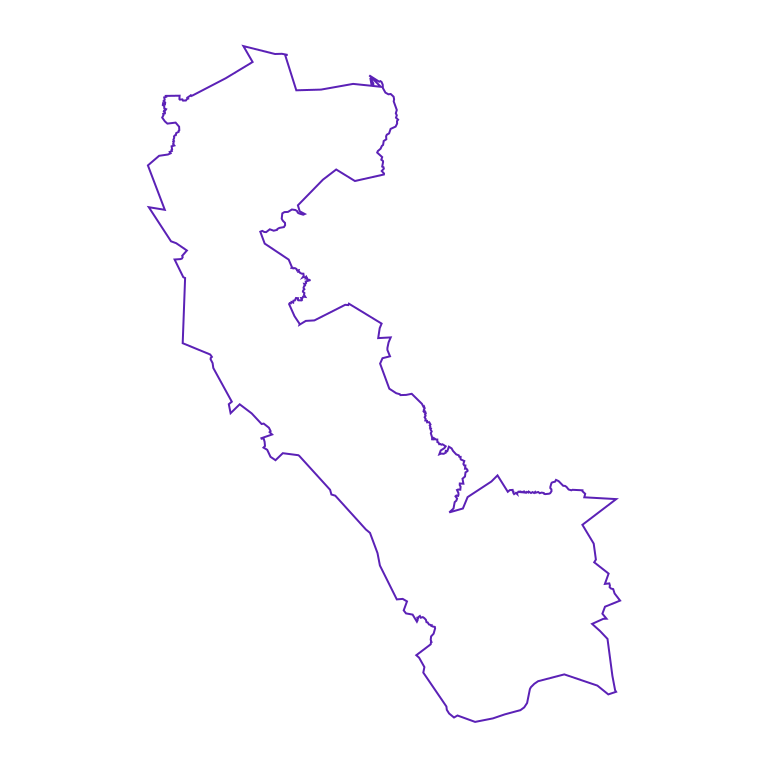 Tamazula, Durango, Mexico (orthographic projection)
{"feature_id": "50627088B45533435131247", "entity_name": "Tamazula", "entity_type": "district", "adm_level": 2, "iso_a3": "MEX", "parent_name": "Mexico", "parent_adm1": "Durango", "projection": "orthographic", "projection_center": [-106.644, 24.97], "detail": "fine", "context": "isolated", "style": "outline", "palette": "violet", "viewbox_px": 768, "rotation_deg": 0, "n_neighbors": 0, "source": "geoboundaries", "source_scale": "gbopen_adm2", "svg_char_len": 6073}
<svg xmlns="http://www.w3.org/2000/svg" viewBox="0 0 768 768"><path d="M243.4,46.1L252.6,62.0L225.8,78.2L192.3,95.6L191.0,95.3L190.9,95.9L190.3,95.7L187.4,97.6L188.1,98.6L187.0,99.0L185.9,100.5L183.0,100.6L182.4,99.4L179.8,99.6L179.4,99.1L179.6,95.7L165.9,95.9L166.2,96.8L164.2,97.4L164.7,99.8L163.6,101.0L165.2,102.5L165.0,104.1L163.1,103.3L162.8,105.1L164.2,106.0L164.3,108.5L166.1,109.2L165.5,110.1L164.0,110.8L163.8,111.5L164.9,112.1L164.9,113.4L163.2,113.9L163.5,115.1L162.2,117.6L164.9,121.4L167.4,123.6L175.6,122.6L179.1,126.7L179.3,130.2L178.7,130.7L178.7,131.8L176.2,133.1L175.8,135.2L174.8,135.4L174.0,136.4L174.2,137.8L173.4,139.8L174.0,141.0L173.2,141.6L173.7,142.9L173.1,144.0L174.3,145.5L171.6,146.3L172.1,149.5L171.5,150.0L171.9,151.0L169.7,152.0L170.6,153.3L168.0,154.5L159.1,155.8L147.9,165.4L164.8,209.8L148.8,207.2L171.0,241.3L176.2,243.2L186.9,250.5L182.2,255.8L182.7,257.1L182.0,258.5L180.5,259.1L174.6,259.5L183.3,277.2L185.1,278.0L182.7,343.2L210.2,354.5L211.9,356.9L210.7,358.0L210.6,359.3L212.6,363.1L213.3,368.0L231.8,401.7L228.8,404.2L230.6,413.2L239.7,404.3L251.7,413.4L261.6,424.0L263.7,423.6L268.9,427.7L270.6,431.1L269.6,432.1L272.1,434.5L261.4,438.2L261.6,438.7L263.6,438.4L264.6,441.8L265.0,446.0L263.5,447.6L267.2,449.8L270.5,456.8L275.5,460.2L282.8,453.2L298.3,455.2L299.2,455.8L330.1,489.8L331.4,494.5L335.3,495.7L365.9,529.5L370.0,532.9L377.5,553.1L379.9,565.5L396.8,599.4L402.7,598.9L407.0,601.4L403.7,610.4L406.0,613.4L412.6,614.6L416.9,621.7L417.3,620.9L417.0,620.1L417.7,619.8L417.4,617.9L418.2,618.0L418.3,617.2L419.9,616.0L420.8,617.7L422.8,617.1L424.3,618.1L425.9,619.8L426.5,622.2L427.6,622.4L429.0,624.5L430.5,624.9L431.0,625.6L431.7,625.3L431.8,626.1L432.7,626.5L434.8,626.9L435.1,628.4L433.6,633.7L431.1,636.4L430.7,639.8L431.4,641.8L431.0,641.8L430.7,644.3L416.3,655.2L419.1,657.7L424.4,667.1L423.3,672.6L446.4,706.5L446.8,709.8L449.1,713.5L454.0,717.5L457.5,715.5L475.1,721.9L492.9,718.4L504.7,714.4L520.5,710.1L524.2,707.4L527.1,703.0L529.9,689.1L530.9,687.2L534.3,683.8L538.1,681.2L564.3,674.4L597.4,685.6L608.3,694.4L616.1,691.8L615.1,690.2L612.4,675.9L607.5,638.9L600.0,631.0L592.1,623.9L603.4,618.8L606.5,618.7L602.4,613.7L605.0,606.7L620.1,600.6L614.6,593.5L613.2,589.1L610.9,588.5L609.6,587.1L609.9,585.5L609.3,583.4L604.9,583.9L608.6,573.6L594.2,562.3L595.9,559.6L593.7,543.6L582.4,524.8L616.2,499.1L584.3,497.3L585.2,493.8L582.5,491.3L582.5,490.3L572.5,489.8L571.4,490.3L568.6,489.5L566.5,486.9L565.0,485.9L563.2,485.8L558.6,481.1L556.0,479.9L555.0,481.7L552.2,482.4L551.4,483.2L550.3,487.1L550.4,488.3L551.4,489.3L551.5,491.2L550.2,493.2L549.1,493.7L545.2,494.1L544.2,493.9L543.8,493.0L541.6,492.6L539.7,493.2L538.2,492.0L535.7,492.7L535.2,491.9L534.1,493.0L532.6,492.1L531.0,493.0L528.7,491.6L528.3,492.5L526.8,491.9L526.0,492.8L525.0,492.1L524.3,492.5L523.9,491.5L522.7,492.3L521.9,491.8L521.1,492.3L520.1,491.5L519.6,492.0L518.4,491.7L517.5,492.9L516.7,492.9L517.0,493.9L515.9,492.9L514.1,494.1L513.2,492.7L513.4,491.5L512.7,491.0L512.6,489.9L509.8,490.1L507.8,491.8L497.5,475.4L491.4,481.5L467.6,497.1L462.9,508.5L449.3,512.4L453.5,508.5L454.7,502.1L456.3,500.7L457.1,498.6L455.5,496.3L456.4,495.5L458.1,495.9L458.5,494.8L458.4,492.9L457.0,490.0L458.1,489.5L460.3,489.7L460.6,486.7L459.7,485.0L459.8,483.5L463.4,483.7L462.5,478.7L465.0,476.5L465.5,472.4L467.5,471.1L467.6,470.3L466.4,468.6L465.0,468.7L465.4,465.5L464.2,465.4L463.4,464.0L464.3,461.0L460.9,459.5L460.5,458.8L460.6,456.9L459.4,456.9L458.7,455.3L456.2,454.4L453.0,450.9L451.6,448.4L448.9,446.7L447.3,451.2L445.0,450.7L445.9,451.3L445.9,452.6L443.7,453.8L441.1,453.6L439.3,454.3L440.7,450.5L444.3,448.2L445.7,446.3L442.5,444.3L441.3,444.7L440.4,444.0L439.2,444.2L438.5,442.5L437.4,442.1L437.3,439.5L436.0,439.5L434.0,438.2L433.8,439.4L432.1,439.3L432.1,437.3L430.8,433.2L431.7,431.4L430.5,429.5L431.0,428.5L430.0,428.0L430.3,426.5L429.7,425.4L430.5,424.5L429.2,422.2L427.1,422.3L427.0,420.8L425.3,420.5L425.7,419.0L424.6,417.2L425.6,415.8L425.0,414.7L425.8,413.4L425.4,412.2L424.5,412.5L423.6,411.4L424.4,410.6L423.8,410.0L424.7,408.2L424.0,406.4L423.5,406.9L421.9,403.8L411.7,393.8L406.2,394.9L400.4,395.1L399.8,394.2L396.2,393.2L389.3,388.7L380.1,363.6L382.5,358.2L390.0,356.3L387.4,350.0L387.4,348.0L388.6,342.3L390.7,337.4L378.2,338.1L379.7,328.2L381.6,323.6L348.9,303.7L348.3,305.1L345.2,304.8L314.4,320.4L305.8,320.9L299.5,324.7L299.7,324.0L294.5,316.2L289.1,304.1L289.7,303.1L290.9,303.3L291.4,301.9L293.2,302.6L293.4,300.7L294.9,300.4L296.0,298.0L298.0,298.2L297.8,299.8L298.3,300.3L301.6,300.4L302.0,300.0L301.2,298.1L302.3,298.2L303.1,296.6L305.3,296.9L304.0,294.8L304.4,293.0L302.9,291.7L303.2,290.4L304.4,289.2L303.5,287.9L304.1,286.1L305.0,285.5L304.2,283.8L305.4,283.9L306.1,283.0L305.7,281.5L309.7,280.3L309.6,279.9L307.2,279.3L307.0,278.2L306.0,278.4L306.5,277.3L306.2,276.6L305.1,277.6L303.7,276.9L302.7,277.4L303.7,275.9L303.4,273.7L301.6,273.6L300.1,272.9L299.3,271.8L298.3,271.8L298.7,270.2L297.1,270.5L296.4,268.9L294.8,268.1L293.2,268.4L292.8,267.8L291.5,267.9L291.8,266.9L288.7,259.6L264.7,243.6L260.3,231.7L262.3,230.9L264.3,232.0L266.2,232.1L269.8,229.3L273.7,230.7L277.0,229.9L277.4,229.0L279.4,227.9L283.9,227.1L285.1,225.2L285.0,222.9L282.8,220.7L281.7,218.7L282.3,213.4L284.4,212.1L288.0,211.9L291.9,209.5L295.3,210.0L297.0,211.0L297.8,212.7L299.2,213.5L303.2,214.7L304.8,214.0L299.7,211.3L297.9,205.3L322.9,179.7L336.2,169.5L354.9,181.0L383.9,174.5L384.0,173.5L381.7,171.0L383.8,168.7L383.5,167.2L382.2,166.6L383.1,161.9L382.9,160.9L381.3,159.7L382.2,157.1L377.2,152.6L377.8,151.1L380.6,148.7L381.8,146.0L383.1,144.9L383.7,141.0L386.3,139.3L386.1,136.3L386.8,134.7L389.1,133.4L390.6,128.9L395.6,126.6L397.1,123.6L397.0,121.1L398.1,119.7L396.0,117.7L396.8,115.3L395.8,113.3L396.8,110.0L393.7,101.4L394.1,99.3L393.6,96.7L390.7,94.0L388.4,94.3L385.4,92.6L382.9,88.1L382.7,84.6L381.5,81.9L380.3,81.1L379.2,81.7L369.3,75.4L380.8,86.8L373.3,86.0L373.3,83.4L370.3,77.9L371.7,85.8L353.1,83.9L321.0,89.6L296.3,90.3L285.2,55.2L287.6,54.9L281.9,53.8L275.0,54.0L243.4,46.1Z" fill="none" stroke="#5b21b6" stroke-width="2"/></svg>